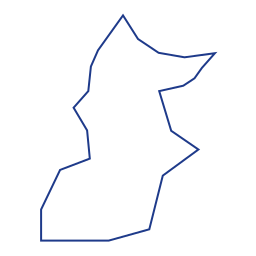 map outline of Saint Peter (orthographic projection)
{"feature_id": "ATG-5094", "entity_name": "Saint Peter", "entity_type": "Parish", "adm_level": 1, "iso_a3": "ATG", "parent_name": "Antigua and Barbuda", "parent_adm1": "", "projection": "orthographic", "projection_center": [-61.741, 17.101], "detail": "fine", "context": "isolated", "style": "outline", "palette": "blue", "viewbox_px": 256, "rotation_deg": 0, "n_neighbors": 0, "source": "natural_earth", "source_scale": "10m", "svg_char_len": 392}
<svg xmlns="http://www.w3.org/2000/svg" viewBox="0 0 256 256"><path d="M88.3,91.1L90.9,66.5L98.0,50.3L123.0,15.4L138.0,39.0L158.6,52.8L184.5,57.3L214.9,53.2L201.9,67.9L194.5,78.3L183.3,85.7L159.2,91.1L171.2,130.8L198.4,149.5L162.8,175.6L149.3,229.3L108.7,240.6L41.1,240.6L41.1,209.5L60.1,169.9L89.8,158.6L87.1,130.4L73.6,107.7L88.3,91.1Z" fill="none" stroke="#1e3a8a" stroke-width="2"/></svg>